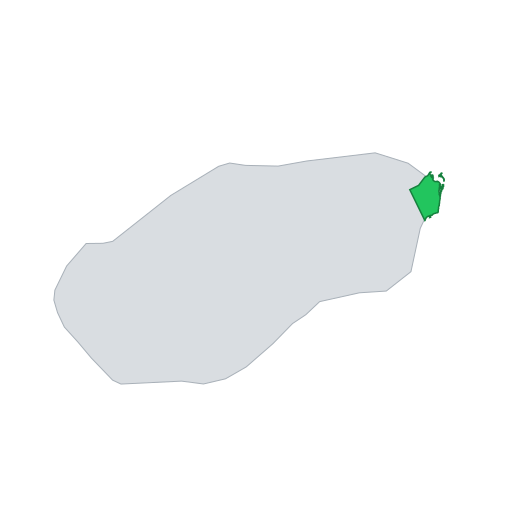 79, Madinat ach Shamal, Qatar shown in context, rotated 64°
{"feature_id": "91078587B50341524344212", "entity_name": "79", "entity_type": "district", "adm_level": 2, "iso_a3": "QAT", "parent_name": "Qatar", "parent_adm1": "Madinat ach Shamal", "projection": "mercator", "projection_center": [51.268, 26.112], "detail": "fine", "context": "in_parent", "style": "filled", "palette": "green", "viewbox_px": 512, "rotation_deg": 64, "n_neighbors": 0, "source": "geoboundaries", "source_scale": "gbopen_adm2", "svg_char_len": 4995}
<svg xmlns="http://www.w3.org/2000/svg" viewBox="0 0 512 512"><g transform="rotate(64 256 256)"><path d="M275.6,448.7L255.2,453.8L235.9,459.4L219.9,459.2L207.0,457.0L198.5,451.7L182.0,430.6L170.3,403.2L177.5,388.0L180.0,378.4L164.2,306.0L159.0,250.3L160.9,238.9L169.9,225.8L184.9,196.7L192.9,168.6L215.5,103.7L239.3,78.6L274.3,60.3L303.1,96.2L338.0,123.6L344.6,154.3L334.4,179.2L324.9,218.8L330.6,237.0L332.7,252.7L342.2,279.2L351.4,313.4L353.0,337.3L348.0,359.3L335.8,377.8L311.9,433.5L304.7,439.3L275.6,448.7Z" fill="#d9dde1" stroke="#a8b0b8" stroke-width="1"/><path d="M298.2,88.7L298.1,88.4L297.9,88.2L297.6,88.0L296.9,87.4L296.9,87.1L296.6,86.9L296.6,86.7L296.2,86.3L296.0,85.6L295.9,85.2L295.8,84.9L295.8,84.7L295.7,84.5L295.7,84.2L295.9,82.5L296.7,82.6L296.8,82.5L296.7,82.5L296.2,82.5L296.3,82.3L296.3,82.2L296.8,82.3L297.0,82.4L297.0,82.6L297.2,82.4L297.3,82.4L297.3,82.7L297.4,82.4L297.6,82.4L297.5,82.7L297.6,82.8L297.7,82.1L297.0,81.9L297.0,82.0L297.6,82.1L297.6,82.3L296.1,82.1L295.9,81.5L296.0,81.1L296.1,80.9L296.3,80.9L296.5,80.0L296.5,79.7L296.3,79.3L296.2,79.0L296.0,78.5L295.9,77.8L296.1,76.6L296.2,75.8L296.3,75.7L296.3,75.0L296.4,74.6L296.7,73.9L296.7,73.5L296.5,73.3L296.2,73.1L296.2,72.9L295.7,72.6L294.5,72.0L294.0,71.7L293.6,71.2L293.3,71.0L292.6,70.8L292.2,70.6L291.8,70.2L291.4,69.8L291.1,69.6L291.1,69.4L290.9,69.1L290.0,68.7L289.1,68.2L289.0,67.9L287.6,67.2L286.7,66.6L286.2,66.1L285.2,65.5L285.1,65.3L284.4,65.1L284.0,64.8L283.7,64.7L282.9,64.6L282.5,64.5L282.0,64.2L281.7,64.1L281.3,64.4L281.0,64.2L280.9,64.3L280.6,64.1L279.7,63.7L278.5,63.4L278.3,63.3L277.7,63.2L277.3,62.8L277.3,62.6L277.1,62.4L276.9,62.4L276.5,62.1L276.3,62.1L276.0,62.0L276.0,61.9L276.3,61.8L276.5,61.9L276.3,61.7L275.8,61.6L275.7,61.5L274.8,61.2L274.7,60.9L274.3,60.8L274.3,60.7L274.6,60.4L274.4,60.1L274.5,59.9L274.7,60.0L275.0,60.0L275.4,60.0L275.4,59.6L275.2,59.6L274.8,59.3L274.5,59.5L274.2,59.5L273.6,59.8L273.5,60.0L273.9,60.1L273.4,60.1L273.5,60.0L273.2,59.9L273.1,59.6L272.8,59.2L271.9,58.8L271.7,58.8L271.7,59.0L271.6,58.9L271.2,59.0L270.2,59.1L269.1,59.6L268.9,59.8L269.0,59.8L268.8,59.9L268.9,60.1L268.4,60.9L268.3,61.0L268.2,61.1L267.9,61.8L267.8,62.0L267.7,62.2L267.7,62.3L267.5,62.6L266.8,63.0L266.0,63.4L265.5,63.6L265.3,63.6L265.1,63.6L264.8,63.6L264.7,63.4L264.3,62.8L264.0,62.8L263.7,62.6L263.7,62.4L263.7,62.6L263.3,62.8L263.2,62.7L263.1,62.8L263.1,63.0L262.8,63.0L262.6,63.3L262.5,63.5L262.4,63.4L262.1,63.5L262.3,63.2L262.4,62.9L262.2,63.1L262.1,62.8L262.3,62.8L262.1,62.8L262.2,62.4L262.5,62.5L262.5,62.4L262.4,62.4L262.5,62.2L262.4,62.2L262.4,62.3L262.1,62.2L261.9,62.0L261.7,61.9L261.6,62.1L261.8,62.1L261.6,62.6L261.1,62.4L261.4,61.8L261.1,61.7L260.7,62.8L260.7,63.0L260.2,62.8L260.7,61.4L260.2,62.8L260.6,63.0L260.4,63.4L260.2,63.5L259.9,63.6L258.9,63.8L258.1,63.8L257.6,63.4L257.6,63.2L257.5,62.9L257.7,62.6L257.6,62.3L257.6,62.2L257.3,61.9L257.2,61.9L257.0,63.1L259.1,66.4L259.1,69.6L263.8,78.9L263.8,88.7L298.2,88.7ZM274.2,56.3L273.9,56.4L273.8,57.0L273.7,57.0L273.6,57.4L273.8,57.5L273.8,57.2L274.0,57.1L274.1,56.9L274.3,56.9L274.8,57.0L274.7,57.3L274.9,57.3L275.1,57.6L275.2,57.8L275.3,57.8L275.5,58.0L276.0,58.5L276.2,58.9L276.3,58.9L276.3,59.1L276.5,59.1L276.8,59.3L276.3,59.2L276.1,59.0L276.1,59.4L276.1,60.5L276.6,60.4L276.4,60.4L276.4,60.2L276.8,60.4L276.9,60.6L277.1,60.5L277.1,60.4L276.9,60.4L276.9,60.1L276.8,59.9L276.8,59.7L277.1,59.8L277.2,59.6L277.1,59.0L277.4,59.5L278.1,60.3L278.5,60.8L278.7,61.3L278.5,61.5L278.8,61.7L279.0,61.6L279.2,61.9L279.3,62.0L279.4,61.7L279.7,62.3L279.8,62.4L280.2,62.7L280.7,63.0L281.1,63.4L281.2,63.5L281.6,63.5L281.8,63.6L282.2,63.6L282.3,63.8L282.5,63.9L282.5,64.1L282.9,64.4L283.1,64.5L283.1,64.3L282.9,64.3L282.7,63.9L282.2,63.6L281.3,63.1L281.0,63.0L281.0,62.9L280.9,62.9L280.7,62.8L280.7,62.4L280.4,62.3L279.8,61.9L279.6,61.8L279.5,61.5L279.1,61.3L279.1,61.1L278.7,61.0L278.7,60.9L278.2,60.2L278.0,59.8L277.8,59.8L277.6,59.6L277.6,59.4L277.3,59.2L277.3,58.9L277.2,58.9L277.3,58.6L277.2,58.6L277.1,58.4L276.9,58.4L276.9,58.2L276.2,57.8L276.0,57.7L275.8,57.6L275.9,57.4L275.8,57.0L275.1,56.8L275.0,56.7L274.7,56.6L274.3,56.4L274.2,56.4L274.2,56.3ZM263.9,54.0L263.6,53.9L263.4,53.6L263.3,52.9L263.2,52.8L263.1,52.6L262.9,52.7L262.9,52.8L263.0,52.9L263.0,53.0L262.8,53.1L262.8,53.5L263.1,53.7L263.4,53.8L263.4,54.5L263.6,54.5L263.7,55.1L263.6,56.1L263.7,56.3L264.4,56.5L264.6,56.6L264.6,56.4L264.8,56.4L264.8,56.0L264.6,55.6L264.4,55.6L264.4,55.4L264.5,55.3L264.8,55.3L265.0,55.2L265.1,54.9L265.2,55.1L265.5,55.2L265.5,54.9L265.3,55.0L265.2,54.8L264.9,54.8L264.9,54.7L265.1,54.7L265.4,54.4L265.6,54.4L266.0,54.4L266.2,54.1L266.3,54.1L266.3,54.3L267.0,54.1L267.2,53.9L267.9,53.7L268.3,53.6L268.8,53.4L268.8,53.5L269.4,53.6L269.8,53.8L270.3,53.9L270.6,54.1L270.9,54.3L271.0,54.2L270.9,53.9L270.7,53.8L270.5,53.7L270.1,53.5L270.0,53.4L269.2,53.2L268.2,53.3L267.5,53.4L267.2,53.5L266.8,53.7L266.3,53.7L266.0,53.9L265.8,53.9L265.2,54.0L264.7,54.0L263.9,54.0Z" fill="#22c55e" stroke="#15803d" stroke-width="1.5"/></g></svg>